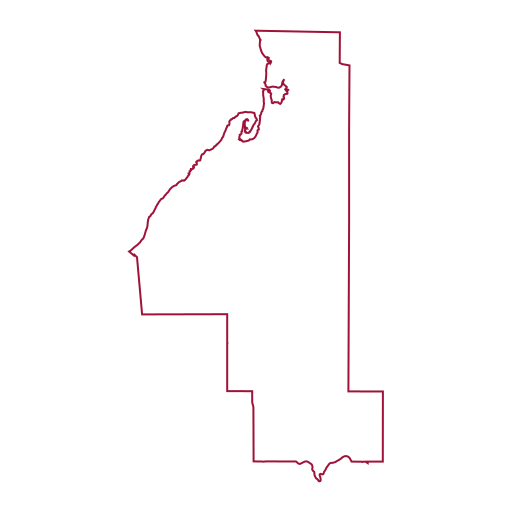 the district of Barunga West, South Australia, Australia
{"feature_id": "25037944B23405884319913", "entity_name": "Barunga West", "entity_type": "district", "adm_level": 2, "iso_a3": "AUS", "parent_name": "Australia", "parent_adm1": "South Australia", "projection": "albers", "projection_center": [137.906, -33.795], "detail": "fine", "context": "isolated", "style": "outline", "palette": "rose", "viewbox_px": 512, "rotation_deg": 0, "n_neighbors": 0, "source": "geoboundaries", "source_scale": "gbopen_adm2", "svg_char_len": 5913}
<svg xmlns="http://www.w3.org/2000/svg" viewBox="0 0 512 512"><path d="M255.6,30.7L256.3,31.7L257.3,34.5L257.9,35.6L258.3,35.7L259.2,37.2L259.5,38.2L260.0,39.1L260.1,39.9L260.5,40.1L260.0,40.7L259.7,45.8L261.1,50.5L262.1,53.0L264.0,55.6L265.4,57.1L266.8,57.7L266.9,57.3L266.5,56.7L267.3,57.2L268.2,57.5L268.8,57.9L268.7,58.3L267.9,58.4L267.9,58.8L268.1,59.2L267.6,59.3L267.3,59.6L267.5,60.8L267.8,61.2L268.2,61.4L269.1,61.3L269.4,61.6L269.3,62.2L269.7,61.8L270.1,61.7L270.3,62.3L270.5,61.5L269.8,61.2L269.9,60.7L271.1,61.2L271.2,61.4L270.8,62.7L270.5,63.2L267.6,63.8L267.1,64.3L266.8,65.2L266.1,70.4L266.3,73.8L265.8,80.3L265.2,82.3L265.0,82.5L264.4,82.3L264.3,82.5L264.9,83.2L265.6,84.7L265.6,85.7L266.8,86.9L268.4,87.5L269.5,87.4L270.7,87.0L272.7,86.6L276.0,87.0L278.0,87.7L279.1,87.7L281.2,86.4L281.8,85.3L282.1,83.7L282.6,84.3L282.8,84.1L282.9,83.7L282.5,82.9L282.6,82.1L283.2,80.6L283.8,79.9L283.9,80.0L283.4,80.8L283.0,82.3L283.2,83.4L283.4,83.9L284.3,84.8L286.8,87.0L286.6,87.7L285.6,88.8L285.4,89.2L288.1,89.7L288.3,89.9L288.1,90.1L287.1,90.1L286.2,90.7L287.3,91.9L287.5,93.0L287.3,93.8L285.4,94.0L283.9,95.0L283.5,97.0L284.0,97.4L284.1,98.3L284.0,98.9L283.2,99.6L282.4,99.2L282.1,99.3L281.7,101.9L281.2,102.9L280.2,103.9L279.5,103.6L278.0,102.2L277.1,102.5L274.4,102.0L273.3,103.1L272.7,103.2L272.1,103.0L271.7,102.3L271.8,100.3L271.2,98.7L270.7,96.3L270.7,95.4L271.1,94.4L271.2,93.8L270.8,93.1L268.7,92.2L268.2,91.7L268.0,91.2L268.1,90.8L268.4,90.7L269.9,91.1L270.0,90.6L269.8,90.3L269.2,89.9L266.9,89.4L263.3,89.0L264.2,89.7L263.7,90.2L263.0,91.4L263.2,93.4L263.2,95.5L263.7,98.3L263.8,102.3L264.0,103.3L263.4,107.9L263.0,109.2L262.4,110.1L262.4,111.1L261.7,111.7L261.3,112.5L261.2,113.4L260.9,114.4L260.5,115.1L259.8,115.6L260.3,117.1L259.9,118.5L260.0,119.8L259.7,122.1L259.5,122.5L259.6,123.2L259.2,124.6L258.0,126.5L258.7,128.1L258.8,129.5L257.9,129.9L257.5,130.5L257.6,132.2L257.5,132.7L257.0,133.3L255.8,136.0L254.2,138.2L252.3,139.2L250.7,139.5L249.7,139.4L248.8,140.5L245.9,141.3L243.9,141.6L242.7,141.5L242.2,140.8L241.5,140.6L241.2,140.2L239.9,140.1L239.1,139.3L239.3,139.2L240.6,139.4L239.4,138.4L239.3,137.5L239.5,136.7L239.4,136.3L240.1,135.1L239.9,134.7L240.9,134.3L241.2,133.8L241.4,133.7L241.5,133.1L241.4,131.7L241.5,131.5L241.9,131.5L242.2,130.7L242.3,129.5L242.8,128.0L242.8,126.7L243.3,126.1L243.1,125.8L243.1,125.1L243.5,121.9L244.3,121.0L245.6,120.1L245.9,119.5L246.7,119.2L247.4,119.2L248.0,120.0L248.4,121.0L248.6,121.1L247.5,119.7L246.7,119.5L245.8,120.3L244.9,122.0L244.7,123.0L245.0,127.4L245.3,127.0L245.6,127.3L245.4,127.5L246.5,127.9L246.3,128.1L246.7,128.5L246.1,128.5L245.5,127.7L245.2,127.9L245.2,128.3L245.8,128.6L246.0,128.9L245.9,129.0L245.6,128.7L245.4,128.9L245.2,128.6L245.1,129.6L245.2,130.0L244.9,130.2L245.0,131.0L245.2,131.3L245.0,131.6L245.8,131.9L245.8,132.1L245.4,132.0L245.5,132.4L245.6,132.6L246.2,132.8L248.6,132.9L249.1,132.6L249.1,132.3L249.3,132.1L249.8,132.0L250.2,131.5L250.9,130.5L249.7,131.7L249.4,131.9L250.8,130.4L251.9,128.7L252.3,127.6L251.6,127.5L252.6,127.2L253.6,124.7L254.5,123.9L256.1,120.8L256.5,120.5L256.7,119.9L256.9,119.9L256.4,118.4L255.7,117.7L255.0,116.2L254.8,115.4L254.9,115.0L254.3,112.9L251.9,112.5L251.0,112.2L247.8,112.3L245.8,111.9L243.8,112.2L242.9,112.7L241.3,112.7L238.6,113.3L237.9,114.9L237.2,115.9L236.3,116.2L235.8,116.8L235.1,117.0L234.8,117.6L234.3,118.0L233.0,118.1L232.1,119.1L231.2,119.2L230.6,120.2L230.0,120.4L229.3,121.7L229.5,123.4L229.2,124.9L228.8,125.4L227.7,125.4L227.0,126.2L226.9,127.4L226.4,128.0L225.3,131.0L224.3,132.9L223.1,136.8L222.1,137.8L221.6,139.3L220.9,140.4L218.4,143.2L217.5,143.9L217.0,144.6L216.5,144.6L216.3,145.1L215.6,145.9L215.0,146.1L214.8,146.5L214.2,146.6L214.1,147.1L212.6,148.8L209.3,150.3L207.3,149.8L205.4,150.9L204.8,152.2L203.6,153.8L203.2,154.1L202.6,154.1L202.0,154.5L201.5,155.3L201.2,156.2L200.2,160.4L199.0,160.6L198.7,160.4L198.3,160.4L196.4,161.6L196.2,162.1L196.8,162.8L196.8,164.5L196.5,164.7L194.3,164.9L194.0,165.4L193.5,165.6L193.5,166.1L193.1,166.3L193.1,167.0L194.0,167.3L193.6,168.3L192.3,169.1L190.8,169.0L190.7,169.4L191.0,170.2L190.5,170.5L190.3,171.2L189.6,171.3L189.5,173.5L188.6,173.6L188.7,173.9L189.2,174.4L189.1,174.7L188.0,175.9L187.5,177.0L186.6,177.9L185.9,179.0L184.6,180.3L184.4,180.3L183.7,181.1L183.9,180.4L183.0,180.4L182.8,180.7L181.8,180.4L180.9,181.2L179.3,181.9L177.1,183.9L176.4,185.1L174.0,185.9L172.0,187.2L169.7,189.6L169.3,190.4L168.1,192.1L166.4,193.7L165.7,194.8L164.8,195.5L163.1,198.1L162.6,198.5L161.8,198.7L161.0,199.2L158.6,202.4L158.0,203.7L157.1,204.7L156.5,206.2L155.8,207.1L155.6,208.0L154.5,210.0L154.0,211.3L152.6,213.4L151.4,214.2L150.3,216.2L149.2,216.8L148.2,219.6L147.8,222.0L147.4,226.5L146.8,228.2L146.7,229.0L146.1,229.8L144.6,235.1L143.6,237.8L142.9,238.9L142.0,239.6L141.1,240.7L140.1,242.3L137.5,244.8L134.3,247.2L130.5,250.7L129.1,251.5L134.0,255.6L134.4,254.7L137.0,257.2L142.1,314.4L227.2,314.2L227.2,342.4L227.4,343.0L227.2,343.1L227.2,391.1L252.2,391.2L252.2,402.4L253.4,407.0L253.6,461.4L261.5,461.5L263.7,461.7L264.5,461.5L267.2,461.4L296.0,461.5L298.2,463.4L299.0,463.8L300.1,463.9L304.5,461.7L305.7,461.4L307.2,461.5L308.4,462.1L311.6,464.3L312.1,465.2L312.5,466.7L312.5,467.5L312.2,468.9L312.3,469.7L312.8,470.6L314.3,472.0L314.5,474.8L314.8,476.0L316.2,478.4L317.3,479.1L318.0,479.8L318.7,481.1L319.3,481.3L320.3,481.0L320.5,480.7L320.7,479.9L320.4,477.5L319.6,475.2L319.7,474.6L320.0,474.1L320.5,473.9L321.0,473.9L322.2,474.4L322.9,474.3L323.5,473.8L324.1,471.8L325.3,470.1L326.5,467.6L329.4,463.7L330.7,462.9L332.8,462.8L335.0,462.2L340.5,459.0L342.7,457.1L344.7,456.2L346.4,456.1L347.5,456.4L348.7,457.1L349.6,458.0L351.6,461.6L361.6,461.7L362.1,462.0L362.6,462.0L363.2,461.7L366.1,461.7L366.3,462.2L367.7,463.1L367.7,461.6L382.8,461.6L382.9,391.5L348.4,391.4L349.1,221.7L349.1,128.0L349.5,65.4L342.2,64.1L339.7,62.9L339.9,32.3L255.6,30.7Z" fill="none" stroke="#9f1239" stroke-width="2"/></svg>